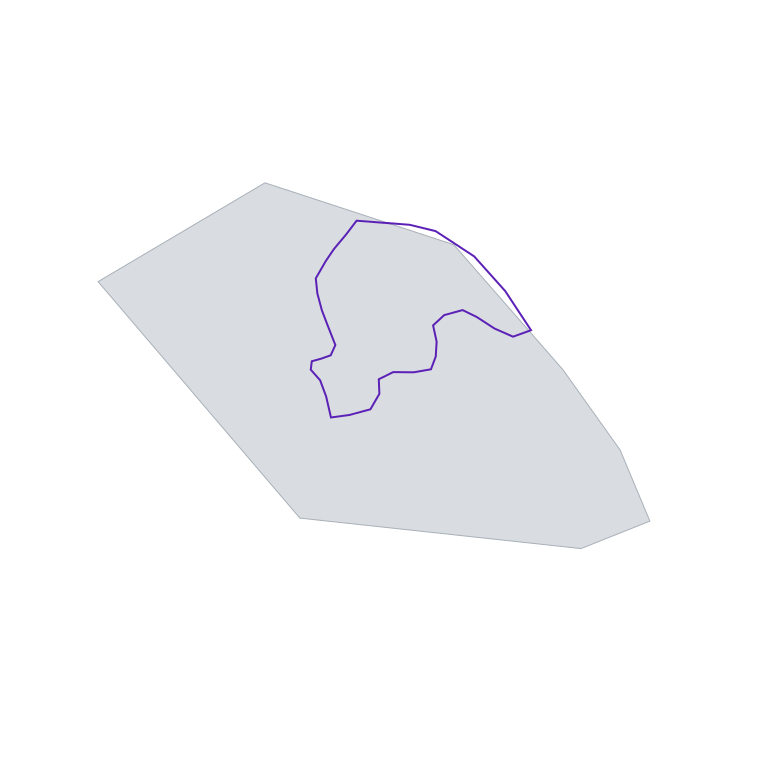 North West highlighted on a map of Singapore, rotated 30°
{"feature_id": "SGP-4873", "entity_name": "North West", "entity_type": "state/province", "adm_level": 1, "iso_a3": "SGP", "parent_name": "Singapore", "parent_adm1": "", "projection": "albers", "projection_center": [103.808, 1.387], "detail": "fine", "context": "in_parent", "style": "outline", "palette": "violet", "viewbox_px": 768, "rotation_deg": 30, "n_neighbors": 0, "source": "natural_earth", "source_scale": "10m", "svg_char_len": 778}
<svg xmlns="http://www.w3.org/2000/svg" viewBox="0 0 768 768"><g transform="rotate(30 384 384)"><path d="M636.8,428.1L378.2,542.2L85.2,438.3L180.3,269.3L374.8,228.5L531.9,282.2L621.5,323.1L682.8,369.8L636.8,428.1Z" fill="#d9dde1" stroke="#a8b0b8" stroke-width="1"/><path d="M278.6,256.3L326.6,233.3L352.3,225.8L398.3,228.4L442.5,242.9L484.4,263.9L472.1,278.5L452.0,280.7L430.7,279.6L415.1,280.7L401.7,294.2L397.2,308.7L408.4,321.0L415.1,334.4L417.3,347.8L403.9,359.0L386.0,369.1L377.1,382.5L384.9,394.8L384.9,412.7L369.3,428.3L354.8,439.5L340.2,423.8L326.8,412.7L313.4,408.2L310.1,400.4L316.8,393.6L323.5,385.8L322.4,374.6L305.6,361.2L293.3,351.2L281.0,338.9L272.1,326.6L272.1,306.5L273.2,291.9L276.5,272.9L278.6,256.3Z" fill="none" stroke="#5b21b6" stroke-width="2"/></g></svg>